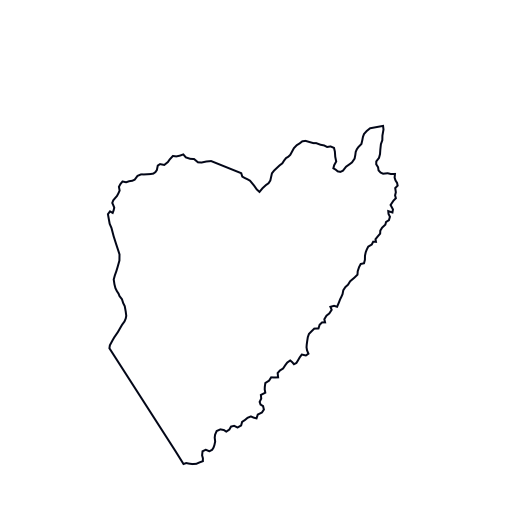 outline of Figueirópolis D'Oeste, Mato Grosso, Brazil, rotated 55°
{"feature_id": "56859067B94732252375556", "entity_name": "Figueirópolis D'Oeste", "entity_type": "district", "adm_level": 2, "iso_a3": "BRA", "parent_name": "Brazil", "parent_adm1": "Mato Grosso", "projection": "mercator", "projection_center": [-58.701, -15.494], "detail": "fine", "context": "isolated", "style": "outline", "palette": "ink", "viewbox_px": 512, "rotation_deg": 55, "n_neighbors": 0, "source": "geoboundaries", "source_scale": "gbopen_adm2", "svg_char_len": 3471}
<svg xmlns="http://www.w3.org/2000/svg" viewBox="0 0 512 512"><g transform="rotate(55 256 256)"><path d="M268.5,95.1L266.3,98.4L263.7,100.7L261.5,104.7L259.1,106.1L256.2,106.5L253.3,105.1L249.8,104.9L247.5,103.2L246.2,99.0L243.7,96.0L240.0,93.0L236.0,89.5L233.6,86.1L229.9,83.4L225.5,79.0L222.3,77.3L216.8,89.3L217.1,93.6L218.0,97.5L219.7,100.0L222.1,102.5L224.7,105.4L225.5,109.7L226.4,112.2L227.9,114.6L230.2,116.7L232.8,119.4L234.4,123.7L234.5,126.5L234.5,131.0L236.0,135.9L235.5,138.6L233.6,140.5L231.0,141.2L228.5,142.3L226.4,139.8L224.6,136.1L220.2,134.2L215.7,131.5L212.2,130.1L209.0,132.1L207.5,135.2L204.5,136.8L201.8,139.4L198.0,142.0L196.4,144.3L193.7,146.5L190.1,149.4L188.6,152.3L188.8,155.6L188.6,159.1L189.4,163.1L190.9,166.1L192.8,169.9L193.2,172.6L193.0,175.2L193.9,178.2L195.2,181.3L195.3,184.6L195.9,188.8L196.4,192.2L197.4,195.5L202.4,201.0L203.6,204.0L203.6,207.2L204.2,211.7L205.5,216.4L201.8,217.2L197.2,217.2L190.9,217.7L188.2,219.0L185.6,220.5L183.1,221.7L179.7,220.6L152.5,238.3L150.1,242.5L148.2,247.0L146.0,249.8L141.1,251.1L138.6,254.2L135.0,256.9L131.1,257.3L130.1,260.9L128.7,264.2L126.4,266.7L127.4,271.3L128.5,274.3L128.8,278.9L125.7,281.9L125.6,284.6L128.7,287.9L129.6,290.3L129.6,292.9L128.2,295.7L125.0,300.9L123.2,303.4L122.4,307.1L123.9,311.6L123.4,314.2L122.0,317.0L121.1,320.1L118.4,322.6L119.3,325.8L120.7,328.6L124.2,330.2L125.8,332.9L127.1,335.5L127.7,338.0L128.5,341.0L130.1,343.3L132.7,343.8L135.1,344.4L136.9,346.4L138.5,348.7L135.7,350.0L136.8,353.3L140.9,355.2L145.7,357.4L150.1,358.3L158.2,361.3L165.9,363.7L173.2,365.9L176.4,366.9L181.4,370.5L185.9,376.0L188.4,379.2L190.8,382.6L193.6,386.0L198.0,388.2L201.7,389.6L204.9,390.1L208.1,390.2L210.5,390.8L214.5,390.6L218.4,391.8L221.8,392.3L226.8,394.6L230.6,396.6L232.5,398.6L234.2,401.3L235.5,405.1L236.7,407.7L239.1,412.8L241.3,418.7L242.6,421.5L245.3,426.9L247.5,429.0L369.8,433.9L384.8,434.7L385.6,431.9L387.6,430.0L389.9,427.5L392.0,424.1L392.7,420.6L393.6,417.2L391.2,415.5L388.4,414.5L385.3,411.8L385.9,408.3L389.2,406.2L389.6,403.1L388.6,400.7L387.0,398.5L384.6,395.9L381.1,394.0L378.9,392.0L376.8,388.6L377.6,384.6L380.2,382.1L382.8,381.1L382.9,377.4L381.4,374.3L382.6,371.3L385.9,369.5L386.3,365.4L383.9,362.5L384.0,359.1L383.7,355.7L384.5,352.2L387.1,350.6L389.3,348.7L386.9,345.5L387.6,340.9L386.3,337.6L383.0,336.3L380.3,337.5L377.6,336.7L375.8,333.5L372.6,331.7L373.3,326.8L370.3,325.4L368.3,323.9L365.4,321.2L365.6,316.8L364.1,313.2L366.3,310.3L368.1,307.5L364.3,305.4L363.5,302.0L363.7,298.4L362.1,294.3L361.2,291.5L361.2,287.9L363.9,287.2L366.4,287.0L366.8,284.3L365.6,281.5L364.1,278.3L363.0,275.0L366.1,272.2L366.1,269.1L362.5,268.3L359.8,267.0L357.7,265.3L355.0,262.8L352.2,260.1L350.2,257.3L349.5,253.5L348.9,249.9L351.2,246.4L348.8,243.3L348.3,239.9L350.0,237.5L347.0,236.3L345.3,232.5L345.1,228.9L343.5,224.9L340.3,224.2L341.6,220.6L344.1,218.7L341.6,214.7L339.7,211.9L338.4,209.5L336.9,207.0L334.1,204.1L332.7,200.6L332.3,197.1L330.7,193.4L330.2,188.0L329.5,183.6L326.8,181.4L324.2,177.9L322.6,174.8L323.9,171.7L321.6,169.0L318.2,166.5L315.8,163.9L314.2,161.5L312.7,158.7L313.0,154.6L311.5,151.8L313.2,149.6L310.8,148.5L309.8,145.1L308.9,141.5L306.5,139.6L305.1,136.4L304.5,132.1L302.7,129.9L302.9,126.6L300.7,123.8L297.5,123.3L295.1,121.9L298.6,119.3L296.4,117.1L291.4,116.5L289.5,111.6L288.9,108.3L286.1,107.3L284.0,104.9L280.2,103.0L279.6,99.6L277.0,98.5L274.2,98.4L271.3,97.5L268.5,95.1Z" fill="none" stroke="#020617" stroke-width="2"/></g></svg>